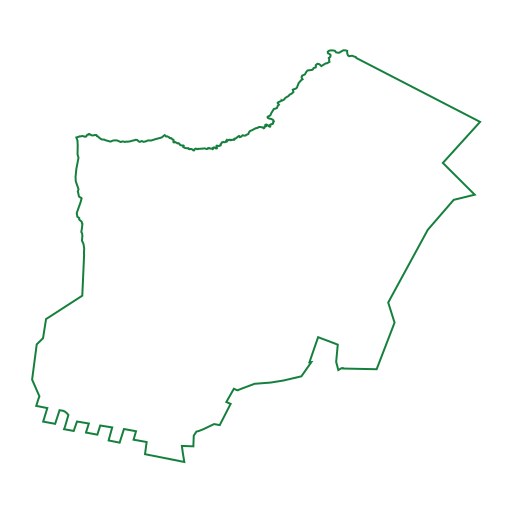 the district of Chongwe, Lusaka, Zambia, rotated 271°
{"feature_id": "96606910B32717004733154", "entity_name": "Chongwe", "entity_type": "district", "adm_level": 2, "iso_a3": "ZMB", "parent_name": "Zambia", "parent_adm1": "Lusaka", "projection": "equal_earth", "projection_center": [28.753, -15.39], "detail": "fine", "context": "isolated", "style": "outline", "palette": "green", "viewbox_px": 512, "rotation_deg": 271, "n_neighbors": 0, "source": "geoboundaries", "source_scale": "gbopen_adm2", "svg_char_len": 5975}
<svg xmlns="http://www.w3.org/2000/svg" viewBox="0 0 512 512"><g transform="rotate(271 256 256)"><path d="M64.8,185.2L64.6,196.7L75.3,196.9L79.4,199.5L80.0,201.8L81.9,206.4L87.2,217.0L86.3,222.7L107.7,233.2L109.5,228.9L122.9,236.2L121.7,238.9L121.4,240.2L121.8,240.8L123.0,243.6L128.2,256.8L129.7,272.8L132.0,285.7L136.5,303.5L150.9,313.2L150.7,311.3L175.9,319.5L168.8,339.3L151.5,338.0L143.4,340.3L145.4,343.6L145.4,344.9L145.0,345.0L144.9,378.6L191.8,395.7L211.8,389.0L285.2,427.3L315.6,452.7L321.1,473.6L352.3,441.2L394.0,477.7L455.7,352.9L456.7,352.3L457.2,350.4L457.9,348.7L457.4,345.6L458.2,344.4L460.5,343.6L462.7,343.6L463.2,341.8L463.2,339.7L461.5,336.9L460.6,335.3L461.0,332.5L462.6,331.2L462.9,329.1L462.9,327.0L462.5,325.4L461.7,324.4L461.2,324.1L459.9,324.5L459.5,325.5L459.2,326.1L458.2,327.1L456.4,326.8L455.3,325.3L455.1,325.3L454.2,325.8L452.5,325.7L451.4,326.1L449.9,323.6L449.8,322.3L447.0,318.0L448.2,316.8L448.9,315.9L449.3,314.1L447.8,312.4L446.2,312.6L445.6,312.4L444.9,310.4L444.7,310.2L443.5,309.6L443.0,308.5L442.4,304.3L441.3,303.3L438.4,301.7L437.1,299.0L435.8,298.5L435.1,298.5L433.5,299.5L432.7,298.2L429.5,295.5L427.9,295.1L426.8,294.5L425.2,294.1L423.9,292.7L423.4,290.9L422.9,289.9L420.7,290.6L418.9,288.8L417.9,286.8L417.6,286.5L416.6,285.8L414.7,282.7L412.7,281.1L411.7,279.0L411.8,278.9L411.7,278.9L410.1,275.5L409.4,275.0L407.7,276.3L406.6,275.1L404.5,274.5L403.5,272.4L403.4,271.3L400.6,269.7L399.6,269.0L396.9,267.9L395.4,265.2L394.8,265.2L394.3,265.4L394.1,265.6L393.8,266.6L393.6,267.4L393.4,267.8L393.4,268.2L393.3,268.6L393.2,269.1L393.0,269.4L392.9,269.8L392.3,270.7L392.0,271.0L390.8,271.5L390.6,271.3L390.5,270.9L389.7,270.9L389.5,270.7L388.7,270.7L388.6,270.4L388.4,270.1L388.2,269.9L388.2,269.3L388.0,268.7L387.4,267.8L386.9,267.8L386.4,268.1L385.7,268.0L385.5,267.8L385.6,267.1L386.0,266.6L386.4,266.5L386.7,266.0L386.8,265.8L387.6,264.3L387.6,263.8L387.3,263.1L387.0,263.1L386.6,263.4L386.4,264.3L386.1,264.2L385.9,263.6L385.6,263.3L385.6,263.1L385.7,262.5L385.6,262.3L385.1,262.1L384.2,262.1L383.9,261.8L383.8,261.4L384.3,260.9L384.8,259.9L385.0,258.2L385.1,257.9L385.0,256.6L384.9,256.2L384.3,255.7L384.1,255.4L384.0,254.6L383.8,254.3L383.8,253.9L383.7,253.3L383.5,253.1L382.2,250.7L382.0,250.4L381.6,249.6L381.0,248.1L380.3,247.3L380.0,247.2L379.7,246.9L377.8,246.2L377.3,245.1L377.3,244.8L376.8,244.0L376.3,243.5L376.1,242.3L376.2,241.7L376.5,240.6L376.4,240.3L376.2,240.2L375.5,239.6L375.1,239.1L374.8,238.6L374.8,238.0L374.6,237.6L374.9,237.3L375.4,237.4L375.6,237.3L375.7,236.9L374.7,235.4L374.3,235.0L373.9,234.7L373.2,233.7L373.1,233.3L373.1,233.0L372.8,232.2L372.4,231.9L371.9,232.3L371.8,232.2L371.7,230.9L371.8,230.3L371.7,229.3L371.4,229.2L371.3,228.4L371.6,228.3L371.8,227.7L371.5,226.5L371.2,226.1L371.1,225.8L371.3,225.2L371.6,224.9L371.1,224.5L370.8,225.2L370.4,225.2L370.0,225.0L369.7,224.1L369.5,223.9L369.2,222.6L369.2,222.0L369.5,221.2L369.2,220.8L368.9,219.8L368.5,219.8L367.6,219.2L367.2,218.7L366.4,218.9L366.1,218.8L366.0,218.2L365.6,218.0L365.5,217.7L365.4,216.8L365.6,215.3L365.6,214.7L365.4,214.6L364.8,214.6L364.7,214.8L364.3,214.8L364.0,214.6L363.3,215.2L363.0,215.0L363.0,214.7L362.8,214.5L362.8,214.2L363.0,213.9L363.3,213.6L363.4,213.0L363.7,212.9L363.8,212.7L363.7,211.5L363.3,211.0L362.7,211.3L362.4,211.2L362.1,210.9L362.4,210.5L362.6,209.8L362.5,209.2L362.6,208.9L362.8,208.3L362.8,207.5L362.8,207.3L363.1,207.2L363.0,206.1L362.6,205.8L362.3,205.7L362.1,204.6L362.3,204.1L362.5,203.7L362.7,202.6L362.4,200.5L362.1,196.3L361.8,196.0L361.9,195.0L362.1,194.9L362.1,194.6L362.3,193.8L361.6,192.6L360.6,192.4L360.5,192.0L360.5,191.5L360.8,191.2L361.8,189.8L361.9,188.8L361.7,188.4L361.6,187.7L361.8,187.5L361.8,186.9L362.0,186.7L362.4,186.8L362.5,186.7L362.5,186.4L362.7,186.0L362.5,185.1L362.6,184.6L362.6,183.9L362.7,183.3L363.1,182.7L363.5,181.6L363.7,181.3L363.9,181.3L365.0,181.8L365.2,181.6L365.2,180.0L365.4,179.2L365.4,178.8L365.6,178.3L367.1,177.2L367.2,176.6L367.5,176.3L367.5,176.2L367.2,175.8L367.3,175.3L367.7,174.9L368.1,173.9L368.7,172.8L368.3,172.6L368.1,172.2L368.2,171.7L368.6,171.4L369.2,171.5L370.8,171.4L371.2,170.3L371.9,169.8L372.3,169.2L372.2,168.5L372.5,168.3L372.5,167.5L373.2,167.0L374.1,165.2L373.9,164.1L375.3,162.6L372.8,159.5L371.1,153.5L369.6,149.1L369.7,146.1L369.2,144.9L368.8,144.4L368.7,143.4L368.4,142.7L368.2,142.0L368.2,141.4L368.6,140.7L368.7,140.1L368.9,139.9L368.8,139.3L368.4,138.7L368.1,137.7L368.4,136.9L369.9,135.2L370.1,133.6L369.7,132.8L369.4,131.5L369.1,130.2L368.5,128.5L368.0,125.5L368.2,124.5L367.8,123.3L367.8,122.3L368.1,121.6L368.2,120.6L368.0,119.7L367.6,119.0L367.9,118.0L369.1,115.1L369.2,113.0L368.9,111.0L368.6,110.1L368.0,109.0L367.9,108.1L369.0,104.0L369.3,103.0L369.7,102.3L369.8,101.2L369.8,100.2L370.0,99.4L370.4,98.7L370.9,98.1L371.3,97.4L372.1,96.6L372.7,95.9L373.1,94.8L373.5,94.8L374.1,94.4L374.2,93.8L374.1,92.3L373.8,91.6L373.7,90.3L373.8,89.5L374.3,88.7L374.4,88.1L374.8,87.8L375.1,87.4L375.1,86.8L374.8,86.5L374.4,86.3L374.4,85.4L373.2,84.3L372.7,84.3L372.5,84.0L372.2,83.2L372.3,82.7L372.6,82.1L372.6,81.4L373.0,80.5L372.5,78.2L372.6,77.6L372.1,76.6L371.7,75.4L371.4,74.3L368.2,75.5L363.5,75.8L354.5,75.8L351.1,76.8L345.3,75.8L340.3,74.9L332.1,74.2L327.5,74.5L319.9,77.3L319.2,77.3L317.4,76.7L315.8,77.2L312.5,77.9L311.7,78.9L311.0,80.4L310.5,80.6L306.8,79.7L295.8,76.0L292.1,76.7L290.9,78.6L289.4,78.6L287.1,81.2L285.3,81.5L285.0,81.9L279.4,81.3L277.0,80.9L275.5,81.7L272.9,82.1L271.5,81.9L270.3,81.9L268.3,81.7L265.1,83.3L260.4,84.1L256.2,83.9L253.7,84.1L213.3,83.0L189.3,47.2L170.1,44.5L163.8,38.3L128.5,34.3L111.9,41.9L109.5,41.0L102.3,38.9L100.3,50.0L86.7,46.1L84.7,58.1L98.4,62.3L97.9,65.7L97.6,66.6L97.0,67.8L95.4,69.8L93.8,71.2L82.3,68.1L79.5,67.1L77.9,76.8L87.4,79.9L85.6,91.8L77.0,89.2L76.5,89.1L74.6,100.5L83.8,103.2L82.1,115.2L70.0,112.1L69.0,111.9L67.0,122.9L80.7,127.0L78.7,139.1L70.2,136.8L68.1,149.9L55.9,148.5L48.8,187.9L58.2,186.2L64.8,185.2Z" fill="none" stroke="#15803d" stroke-width="2"/></g></svg>